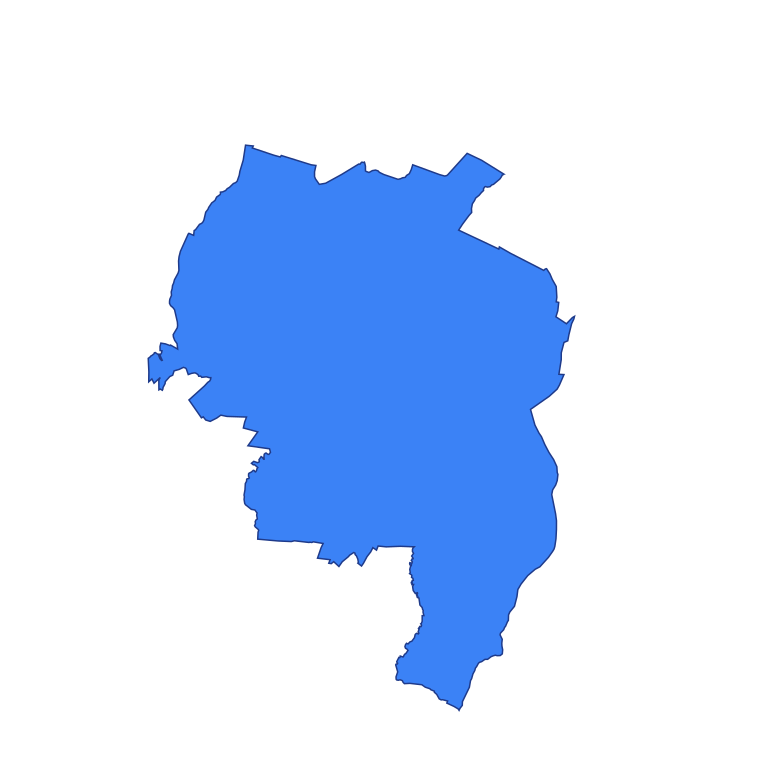 the district of Tibanesti, Iasi, Romania, rotated 213°
{"feature_id": "2599482B76304798258418", "entity_name": "Tibanesti", "entity_type": "district", "adm_level": 2, "iso_a3": "ROU", "parent_name": "Romania", "parent_adm1": "Iasi", "projection": "mercator", "projection_center": [27.32, 46.923], "detail": "fine", "context": "isolated", "style": "filled", "palette": "blue", "viewbox_px": 768, "rotation_deg": 213, "n_neighbors": 0, "source": "geoboundaries", "source_scale": "gbopen_adm2", "svg_char_len": 6171}
<svg xmlns="http://www.w3.org/2000/svg" viewBox="0 0 768 768"><g transform="rotate(213 384 384)"><path d="M439.9,622.7L444.5,594.1L444.9,593.0L446.3,591.5L451.3,589.9L479.3,583.5L477.9,578.6L477.3,574.2L478.7,571.1L478.7,568.9L480.8,567.0L481.9,565.2L483.7,563.3L498.2,559.6L503.1,559.0L505.1,559.5L507.6,558.8L510.0,556.6L511.8,553.2L514.6,552.6L515.6,552.6L518.2,556.6L520.7,559.0L521.3,559.4L521.7,558.6L523.0,558.2L523.6,557.7L523.9,555.2L525.0,554.7L533.6,536.8L542.3,520.6L547.0,516.2L553.2,518.7L555.2,520.1L557.8,524.1L560.1,530.2L564.4,528.2L594.6,519.7L594.7,517.9L601.0,515.9L623.0,510.2L623.3,512.4L630.2,508.9L624.0,495.1L620.7,483.9L619.1,480.2L617.6,474.1L618.1,472.1L619.5,470.1L620.7,464.8L621.9,462.4L622.2,460.0L623.9,457.3L625.7,455.8L624.8,454.6L624.6,453.6L626.2,449.6L625.7,445.9L627.1,442.1L627.2,436.6L626.8,434.6L627.1,431.0L624.4,423.6L624.1,421.6L624.4,419.5L625.7,417.4L626.1,410.8L626.8,409.3L624.6,405.0L629.7,404.1L629.9,403.2L627.0,384.4L625.2,379.1L623.3,375.3L617.9,367.6L617.1,364.9L616.5,357.3L615.4,354.0L615.0,351.4L613.6,348.6L612.6,345.3L610.5,342.6L609.8,338.5L609.0,336.7L607.8,334.8L605.6,333.5L602.6,333.1L600.1,332.2L591.1,323.5L589.0,320.7L588.0,318.6L587.7,310.6L586.3,308.8L583.3,306.6L579.5,305.1L576.1,300.9L584.2,300.4L584.4,299.7L589.2,298.6L593.4,296.8L592.3,293.5L590.0,290.1L588.3,290.9L587.5,288.9L587.5,287.1L588.5,286.7L582.9,283.1L583.3,282.6L585.7,283.2L589.2,285.7L593.0,285.8L593.6,285.1L593.3,284.3L594.1,281.7L594.7,280.8L595.0,278.9L595.7,277.1L587.8,266.1L582.5,257.7L581.4,261.8L577.3,259.4L575.2,267.6L574.9,264.5L569.6,256.5L568.9,257.9L566.5,258.0L566.7,259.4L567.4,260.6L567.8,265.1L568.7,266.8L567.7,273.6L566.0,276.3L567.2,280.7L563.7,284.7L561.3,288.7L559.0,289.3L557.9,288.9L553.3,285.3L551.1,288.2L548.9,290.2L547.8,290.6L545.2,290.6L543.6,289.6L542.0,290.8L540.5,290.3L536.9,293.3L533.8,294.2L532.7,295.0L532.0,293.6L531.8,291.6L532.7,289.4L533.5,284.6L538.9,264.4L518.7,256.2L517.7,258.0L513.9,256.7L509.4,258.0L505.7,264.4L503.9,269.0L498.0,271.3L481.3,281.4L480.1,276.2L478.0,270.5L463.8,275.1L464.5,258.1L444.7,267.3L442.0,264.9L442.2,262.3L443.0,261.8L445.3,261.9L445.8,261.3L446.2,259.8L444.9,257.3L443.6,255.7L444.0,255.4L446.2,256.2L447.5,256.2L447.6,252.4L446.4,251.2L446.3,250.5L447.3,249.1L451.1,248.2L452.0,245.3L449.6,245.0L448.7,245.8L444.3,245.2L444.4,243.8L443.8,242.1L443.8,240.4L444.5,240.2L445.8,240.7L446.6,240.4L447.2,238.1L448.6,235.7L448.6,234.8L447.4,232.9L445.9,231.9L446.0,231.0L447.2,229.9L447.2,229.1L446.3,227.6L446.1,225.0L443.0,219.6L440.9,214.6L439.7,213.4L438.5,211.0L435.8,208.0L434.4,207.3L427.0,206.6L423.7,208.0L420.2,206.7L419.4,204.7L416.7,201.8L417.3,200.4L417.1,198.5L415.7,196.8L415.4,194.7L414.0,194.0L410.1,193.5L409.4,193.0L408.9,191.1L405.4,185.1L387.3,194.7L375.9,201.4L373.8,203.7L360.5,210.3L360.1,210.9L358.2,211.8L357.4,213.1L348.2,217.1L347.6,212.5L344.9,201.7L333.5,207.3L332.7,203.6L330.4,204.6L329.4,207.6L322.4,206.4L322.2,212.2L319.8,219.9L319.6,221.7L317.6,226.2L316.1,226.3L315.3,225.2L313.6,224.9L310.6,222.9L308.3,220.4L308.4,219.5L303.7,219.1L303.6,222.5L304.2,230.0L303.7,235.9L304.2,240.7L299.8,240.6L300.7,244.9L293.5,248.6L281.9,256.8L270.0,263.9L270.4,262.3L270.0,260.7L268.9,259.0L267.0,258.1L267.1,254.8L264.5,253.6L264.4,253.2L265.2,252.5L264.9,251.5L265.1,251.0L263.4,250.3L263.0,248.8L265.0,248.2L264.6,247.2L263.6,246.4L262.9,246.5L262.6,247.3L262.2,246.6L262.4,245.5L261.4,242.5L259.3,240.2L259.3,238.9L257.0,238.9L256.3,238.5L255.6,236.8L254.0,236.8L252.5,235.3L253.3,234.5L252.7,233.5L253.1,233.0L252.9,232.2L252.2,232.5L251.4,232.0L251.7,231.4L251.3,230.9L250.0,231.9L249.7,229.7L247.0,226.7L243.8,225.4L242.3,227.1L241.9,226.8L242.4,225.4L241.9,224.9L241.4,225.4L240.8,224.9L240.9,224.1L240.3,223.6L239.5,223.8L239.5,223.2L238.1,223.5L233.5,218.2L230.2,217.3L228.9,216.0L227.7,215.4L227.1,214.0L224.4,211.5L225.8,210.5L222.7,205.7L222.3,203.6L222.6,202.9L221.5,202.5L220.9,201.7L220.8,200.8L221.9,200.3L221.9,197.6L221.6,197.5L221.3,198.2L220.4,194.8L219.1,194.0L219.1,193.1L220.8,192.7L221.2,191.9L221.4,190.9L220.3,187.8L220.6,183.3L221.7,182.1L222.3,179.1L223.9,178.8L224.0,177.1L223.4,175.1L221.9,174.0L221.0,174.3L218.8,173.7L218.9,169.7L219.4,168.9L219.5,167.5L219.2,166.0L219.4,165.4L222.2,164.7L221.8,163.7L221.8,163.1L222.6,162.8L222.1,158.1L221.3,157.4L220.5,157.3L220.3,156.5L221.3,155.6L221.2,154.8L215.7,150.0L214.4,144.9L213.0,143.0L212.3,142.7L210.7,143.3L209.4,144.7L207.0,145.2L205.5,144.2L203.7,143.8L199.3,147.0L188.5,152.4L184.3,152.2L179.6,153.4L178.2,153.1L174.5,153.8L173.9,152.9L170.7,152.4L166.2,150.0L164.0,150.2L163.0,151.1L158.0,152.8L157.5,150.6L149.8,151.7L144.8,151.9L143.3,151.2L143.6,153.3L143.3,157.1L145.2,160.3L147.2,176.1L149.9,182.4L150.0,184.5L151.5,189.3L151.8,193.1L152.6,195.6L152.4,197.4L152.7,201.2L152.3,202.6L150.9,204.3L149.4,208.0L147.1,209.6L145.7,213.6L144.4,215.5L142.9,217.2L141.1,217.8L138.6,219.6L137.8,222.1L139.7,225.7L142.4,228.5L144.0,230.7L145.8,234.3L150.0,236.8L150.4,237.7L150.6,238.7L149.8,243.1L150.3,245.5L150.1,246.9L151.0,252.0L150.9,253.4L153.8,258.2L154.3,261.4L153.5,268.6L156.7,278.1L159.8,284.5L160.1,290.9L159.1,301.6L156.3,311.0L153.7,315.6L151.7,328.1L151.4,335.4L151.5,338.2L152.3,340.9L155.5,347.9L160.2,356.0L164.9,363.3L169.4,368.6L183.1,382.6L184.9,387.1L185.0,392.8L186.1,397.3L188.9,402.9L190.5,404.1L194.0,408.8L200.6,413.0L208.5,416.5L216.3,420.9L223.3,425.6L227.2,427.2L235.1,431.8L247.3,442.5L238.7,463.8L236.0,474.0L236.3,478.6L238.2,489.9L242.6,487.4L248.6,500.9L252.3,506.7L255.7,516.9L253.4,520.3L255.8,526.1L259.5,536.8L260.2,542.0L261.1,544.5L262.2,542.2L263.8,533.9L276.4,534.0L278.1,540.0L281.9,547.6L284.3,546.7L286.3,550.9L292.7,559.6L299.9,563.4L304.8,566.7L310.4,569.2L310.8,569.1L311.7,567.6L311.9,566.3L349.1,562.5L361.9,561.8L361.2,559.7L405.2,553.7L405.2,560.8L404.5,571.7L403.9,575.6L406.2,578.8L408.0,583.2L408.0,587.2L408.4,589.8L407.0,594.1L406.6,597.5L405.9,600.5L406.9,601.9L406.9,604.1L406.4,604.9L404.6,605.4L402.5,607.3L402.1,609.5L400.9,611.1L398.5,619.0L398.4,621.9L398.7,623.5L398.2,623.9L398.2,624.9L397.8,625.3L424.0,624.8L439.9,622.7Z" fill="#3b82f6" stroke="#1e3a8a" stroke-width="1.5"/></g></svg>